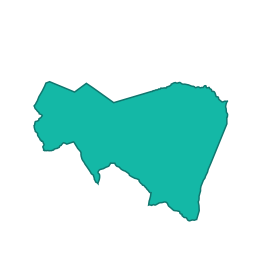 outline of Yamaranguila, Intibucá, Honduras, rotated 290°
{"feature_id": "27666195B33223985620442", "entity_name": "Yamaranguila", "entity_type": "district", "adm_level": 2, "iso_a3": "HND", "parent_name": "Honduras", "parent_adm1": "Intibucá", "projection": "natural_earth1", "projection_center": [-88.263, 14.28], "detail": "fine", "context": "isolated", "style": "filled", "palette": "teal", "viewbox_px": 256, "rotation_deg": 290, "n_neighbors": 0, "source": "geoboundaries", "source_scale": "gbopen_adm2", "svg_char_len": 5640}
<svg xmlns="http://www.w3.org/2000/svg" viewBox="0 0 256 256"><g transform="rotate(290 128 128)"><path d="M146.9,105.9L153.7,81.5L155.7,73.6L143.5,65.5L144.7,38.5L142.1,35.5L138.9,35.4L133.5,34.8L127.0,33.6L122.5,33.5L121.8,33.4L121.0,33.2L120.3,33.1L118.9,33.0L117.2,32.4L116.6,32.2L116.3,32.6L115.0,33.7L114.5,34.1L114.2,34.7L114.0,35.4L112.9,37.0L112.0,39.1L111.8,39.3L111.4,39.5L111.0,39.7L111.0,40.2L111.0,41.7L110.7,42.7L110.3,43.2L110.1,43.2L108.9,42.8L108.1,42.7L107.2,42.1L107.0,41.7L106.1,41.2L105.0,41.4L104.8,41.4L104.6,41.3L104.0,40.9L103.2,40.1L102.5,38.9L102.2,38.7L101.8,38.7L100.9,38.9L100.7,38.8L99.6,39.1L98.9,39.2L98.6,39.1L98.3,39.0L98.2,38.9L97.0,39.5L96.7,39.6L95.6,40.3L94.6,41.0L93.7,41.8L93.3,41.9L93.1,42.1L92.9,42.4L92.9,42.8L92.7,43.3L92.0,44.9L90.6,45.4L90.0,45.8L89.3,46.7L87.9,48.7L87.3,49.1L86.8,49.6L86.7,50.0L86.8,50.3L86.7,50.6L86.2,50.9L86.0,51.2L86.0,51.4L86.2,51.7L86.3,51.9L86.3,52.2L86.2,52.4L85.2,53.4L84.6,53.8L84.0,54.6L83.6,54.8L83.1,54.8L82.2,54.6L81.6,54.4L81.3,54.4L80.6,54.8L79.2,56.2L78.8,56.4L78.4,56.2L78.3,56.3L78.2,56.8L78.2,57.5L78.4,57.7L78.7,58.9L79.4,60.3L79.5,60.6L79.6,61.4L80.3,63.2L80.7,64.1L81.3,64.6L81.5,65.1L81.9,65.6L82.4,65.8L83.0,65.9L84.3,67.8L84.5,68.3L84.7,68.5L85.1,68.8L86.3,70.0L86.5,70.0L87.5,70.0L87.9,70.1L88.2,70.4L88.5,70.8L88.8,71.1L89.7,71.3L91.2,71.9L92.1,72.5L92.2,73.1L92.1,74.8L91.9,76.0L96.3,81.5L96.1,82.1L95.6,82.9L94.7,83.9L92.6,86.6L91.8,87.5L90.7,89.4L90.1,90.6L89.1,92.0L88.4,92.4L86.9,92.9L85.4,93.7L84.6,94.3L83.6,95.0L82.9,95.6L82.4,96.2L81.9,96.7L81.3,97.7L80.7,98.5L80.3,99.0L79.4,99.9L77.7,102.4L74.9,106.3L73.7,107.9L72.8,108.8L72.4,109.5L71.8,111.7L70.8,112.2L69.4,113.5L68.8,113.6L68.4,113.8L67.4,115.0L66.7,115.7L66.4,115.9L66.2,116.1L66.0,117.4L65.9,118.1L65.5,118.8L66.1,118.6L66.6,118.6L67.7,118.7L68.1,118.6L68.7,118.6L69.3,118.7L70.7,118.5L72.1,118.2L73.9,117.5L74.5,117.1L74.8,116.8L75.5,115.4L75.7,115.2L76.0,115.0L76.5,114.9L77.0,114.9L78.7,115.4L79.1,115.6L79.8,116.5L81.5,118.9L82.0,119.3L83.6,120.7L84.9,122.3L85.3,122.7L85.7,123.0L86.3,123.2L87.3,123.3L88.3,123.6L89.0,123.6L90.4,127.7L90.2,127.9L89.7,128.3L89.4,128.5L88.8,129.4L88.4,130.2L88.2,130.9L88.3,131.9L88.2,133.1L88.0,133.7L87.6,134.3L87.4,134.7L87.0,135.6L86.8,136.4L86.6,137.4L86.5,138.6L86.5,139.1L86.5,139.9L86.5,140.3L86.0,142.1L85.6,143.7L85.4,144.3L85.0,144.8L84.8,145.0L84.4,145.2L84.3,145.3L84.0,145.8L83.9,146.2L83.5,148.2L83.1,151.4L83.1,151.9L83.3,153.0L83.3,153.7L83.2,155.3L83.0,156.1L82.9,156.3L82.7,156.5L82.3,156.4L82.1,156.5L81.7,156.9L81.3,157.5L80.5,158.8L80.0,160.3L79.4,161.0L79.3,161.3L79.3,161.5L79.4,162.1L79.5,162.3L79.4,162.6L79.3,162.9L78.9,163.7L78.2,164.6L78.1,165.0L78.0,165.5L77.8,165.7L77.6,166.0L77.1,166.6L76.1,168.7L75.5,169.4L75.2,170.0L74.9,170.6L74.8,171.1L74.7,171.5L74.9,171.8L71.5,172.5L68.7,172.8L66.5,172.9L62.7,173.7L62.9,173.9L63.1,174.2L63.3,175.5L63.4,176.5L63.4,176.8L64.1,177.3L64.5,177.8L64.7,178.0L64.8,178.9L64.8,179.6L64.9,179.9L65.4,180.5L68.2,182.9L68.5,183.3L69.1,184.4L69.4,185.3L70.9,187.4L71.1,188.1L71.3,188.8L71.2,189.3L71.1,189.8L71.0,190.2L70.7,190.6L70.4,191.0L68.9,192.4L68.7,192.6L68.3,193.5L67.8,195.0L66.3,198.8L66.2,199.1L66.2,199.4L66.4,200.5L66.8,201.8L67.1,204.3L67.1,205.0L66.9,205.2L65.7,206.0L65.5,206.3L65.3,206.9L65.4,207.9L65.3,208.2L65.3,208.4L65.1,208.5L64.8,208.5L64.6,208.5L64.2,208.8L64.0,209.0L63.8,209.8L63.4,210.6L63.2,211.2L63.2,211.7L63.6,213.2L63.6,213.5L63.3,214.0L62.0,215.5L61.9,215.8L61.8,216.2L61.7,217.2L61.8,217.5L62.0,217.8L62.3,218.3L63.1,219.2L63.6,220.0L63.7,220.3L63.8,220.8L63.9,221.2L64.1,221.8L64.2,222.2L64.4,222.4L65.1,223.0L65.3,223.3L65.5,223.8L74.6,223.2L79.4,221.2L82.6,219.3L84.5,219.3L85.7,219.0L88.2,218.1L91.7,217.8L93.6,217.7L95.8,216.9L98.2,216.5L104.8,216.7L107.2,217.4L109.2,217.3L113.7,217.8L116.6,217.5L123.6,217.9L165.7,219.5L171.8,217.2L172.1,217.5L172.3,217.6L173.2,217.4L174.7,217.0L175.4,216.5L176.2,215.4L176.8,214.9L178.2,214.3L179.5,213.7L180.3,213.2L181.0,212.6L181.3,212.5L182.5,212.2L184.0,212.0L185.9,211.9L186.5,212.1L187.0,212.3L187.2,212.2L186.9,211.8L186.7,211.0L186.2,209.6L185.1,208.4L184.9,208.1L184.7,207.5L184.8,206.9L185.5,204.9L185.7,204.2L185.8,204.0L186.0,203.8L186.1,203.5L186.3,203.2L187.5,202.6L187.8,202.3L187.9,202.1L187.9,201.7L187.7,200.3L187.7,200.1L188.8,199.2L189.8,198.5L190.5,197.9L191.1,197.3L191.5,196.6L191.6,196.3L191.6,195.8L191.5,195.3L191.2,194.7L191.2,194.4L191.6,193.9L192.3,193.5L192.6,193.2L192.8,192.7L192.9,191.9L193.0,191.3L193.3,190.9L193.8,190.6L193.9,190.3L193.8,190.1L192.8,188.8L192.7,188.5L192.7,188.1L193.1,187.4L193.5,187.3L194.0,187.1L194.2,186.8L194.3,186.5L194.1,186.0L193.8,185.5L193.4,185.3L191.8,184.8L191.7,184.6L191.4,183.6L191.1,183.1L190.7,182.6L190.5,182.3L190.5,181.6L190.7,180.5L190.6,180.1L190.6,179.8L190.2,179.2L189.2,178.1L189.0,177.7L189.0,177.2L189.5,176.1L189.5,175.9L189.5,175.1L189.2,174.2L189.1,173.3L189.2,170.1L188.7,166.7L188.5,166.0L188.0,164.8L187.9,164.2L188.0,163.3L188.5,161.5L188.5,161.2L188.4,160.9L188.2,160.5L187.4,159.5L186.9,158.7L186.8,158.2L186.9,156.9L186.0,155.6L184.2,153.9L184.1,153.7L182.7,153.6L182.1,153.0L181.4,152.7L181.2,152.4L181.0,151.8L180.2,151.1L180.1,150.9L180.0,150.6L179.9,150.5L179.5,150.3L178.9,150.3L178.6,150.1L178.4,149.8L178.4,149.1L178.0,148.3L177.5,147.3L177.0,146.5L176.8,145.5L176.8,145.3L176.6,145.2L176.3,145.1L175.8,145.0L175.4,144.3L175.2,143.8L175.1,143.4L174.3,143.0L174.1,142.8L173.8,142.4L173.5,141.6L173.3,141.2L173.1,140.9L172.6,140.5L172.3,140.2L172.0,139.8L171.8,139.2L171.5,138.8L171.3,138.6L171.0,138.6L170.7,138.4L170.3,137.5L146.9,105.9Z" fill="#14b8a6" stroke="#0f766e" stroke-width="1.5"/></g></svg>